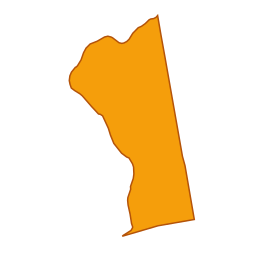 outline of Hancock, West Virginia, United States of America, rotated 350°
{"feature_id": "52423323B20661288428578", "entity_name": "Hancock", "entity_type": "district", "adm_level": 2, "iso_a3": "USA", "parent_name": "United States of America", "parent_adm1": "West Virginia", "projection": "equal_earth", "projection_center": [-80.596, 40.517], "detail": "fine", "context": "isolated", "style": "filled", "palette": "amber", "viewbox_px": 256, "rotation_deg": 350, "n_neighbors": 0, "source": "geoboundaries", "source_scale": "gbopen_adm2", "svg_char_len": 958}
<svg xmlns="http://www.w3.org/2000/svg" viewBox="0 0 256 256"><g transform="rotate(350 128 128)"><path d="M78.4,71.1L78.5,74.9L79.1,78.8L81.9,81.8L86.7,86.1L88.6,88.4L95.9,100.6L101.4,109.1L103.1,109.7L105.1,111.6L108.6,124.8L109.5,132.0L111.4,140.8L117.3,151.7L121.6,156.3L123.8,157.7L126.2,164.0L126.7,167.4L125.8,174.3L124.4,178.7L120.3,186.1L120.0,188.8L115.8,196.5L115.1,199.1L114.7,203.8L115.1,213.2L114.9,222.6L115.4,225.9L115.2,227.0L113.2,229.4L104.7,232.9L103.6,233.6L140.6,229.5L177.4,229.6L177.6,175.1L176.7,165.4L176.7,162.2L176.7,127.1L176.7,90.9L176.7,64.5L176.6,41.8L176.7,22.4L174.8,23.9L172.3,24.7L169.4,24.6L167.6,25.1L163.1,28.2L158.9,30.2L155.5,31.0L149.2,35.5L144.5,40.8L141.8,42.6L138.6,43.6L136.5,43.6L134.0,42.5L128.5,36.5L127.2,35.5L124.1,34.1L120.7,34.3L112.7,37.2L105.3,38.7L100.6,42.0L97.3,46.2L93.6,52.8L89.1,57.9L87.6,59.0L86.8,59.0L82.0,63.2L79.8,66.6L78.4,71.1Z" fill="#f59e0b" stroke="#b45309" stroke-width="1.5"/></g></svg>